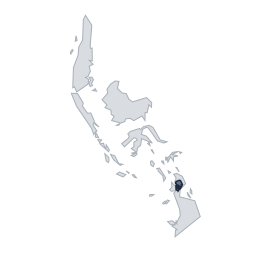 Teluk Bintuni, Papua Barat, Indonesia (highlighted), rotated 51°
{"feature_id": "22746128B11480476919105", "entity_name": "Teluk Bintuni", "entity_type": "district", "adm_level": 2, "iso_a3": "IDN", "parent_name": "Indonesia", "parent_adm1": "Papua Barat", "projection": "albers", "projection_center": [133.559, -2.087], "detail": "fine", "context": "in_parent", "style": "filled", "palette": "slate", "viewbox_px": 256, "rotation_deg": 51, "n_neighbors": 0, "source": "geoboundaries", "source_scale": "gbopen_adm2", "svg_char_len": 6641}
<svg xmlns="http://www.w3.org/2000/svg" viewBox="0 0 256 256"><g transform="rotate(51 128 128)"><path d="M86.1,105.7L90.6,111.3L97.1,110.5L100.3,107.7L106.1,109.2L110.5,108.1L116.1,94.4L123.2,93.6L126.6,96.7L123.0,97.1L128.2,103.5L126.8,105.0L132.8,110.1L127.5,109.6L125.9,118.9L121.8,120.3L119.5,124.0L121.0,126.5L119.5,130.7L111.9,136.0L110.1,131.4L106.9,132.5L103.5,130.0L97.7,133.1L96.9,129.9L89.7,130.4L88.2,122.0L84.6,119.8L82.9,114.0L83.4,108.4L86.1,105.7ZM13.7,90.1L25.4,91.5L40.7,106.0L42.5,107.1L43.3,105.6L53.4,113.6L51.0,115.5L56.6,115.0L55.6,119.3L60.2,121.5L62.8,126.7L61.9,129.2L65.5,128.0L68.8,131.6L67.7,145.1L62.2,143.7L62.0,145.6L46.7,132.4L40.0,121.0L34.1,115.3L31.1,107.9L15.6,94.5L13.7,90.1ZM242.3,127.6L242.1,159.9L237.3,155.3L237.9,153.9L231.8,155.5L232.8,152.2L231.1,150.6L231.7,150.3L232.7,150.5L233.3,150.3L230.4,149.0L231.7,148.6L229.1,142.7L223.9,139.1L207.5,133.5L206.9,129.7L204.7,133.9L202.3,134.6L201.4,130.9L197.6,128.3L206.2,127.5L207.3,124.9L199.2,125.6L197.4,122.2L192.7,121.6L194.0,118.7L199.7,116.2L207.5,118.2L208.6,126.0L213.9,131.2L226.6,121.9L242.3,127.6ZM162.2,109.7L156.6,113.2L140.8,112.2L138.9,113.5L138.3,117.6L141.3,121.6L145.8,118.9L155.1,118.6L144.8,124.1L149.5,129.2L149.3,132.7L152.4,136.6L146.1,138.4L146.2,135.1L142.6,132.3L143.3,128.5L141.3,128.1L139.4,129.5L140.4,142.6L136.1,142.8L136.3,134.9L135.5,132.4L132.5,131.8L132.1,128.5L135.6,119.4L137.2,119.2L136.6,115.3L139.2,110.0L143.3,108.2L157.5,110.5L163.3,106.3L162.2,109.7ZM69.3,145.5L80.5,147.1L82.3,149.6L91.0,150.2L92.9,147.5L101.4,149.8L103.8,153.4L110.8,154.0L110.7,157.0L111.7,158.8L105.1,156.5L78.6,154.3L65.4,150.2L69.3,145.5ZM176.4,110.3L181.2,106.7L179.1,110.9L182.3,113.4L177.2,113.1L179.9,119.0L176.2,115.7L174.9,108.9L177.9,103.6L176.4,110.3ZM178.8,128.8L190.6,130.1L191.8,133.7L187.0,131.0L180.4,131.7L178.5,130.2L177.4,131.9L178.8,128.8ZM152.2,157.5L143.6,159.2L137.5,158.1L141.4,155.8L149.9,157.6L152.8,155.0L152.2,157.5ZM127.3,155.5L133.1,156.2L134.2,158.0L122.6,159.8L124.4,156.6L128.4,158.3L129.7,157.7L127.3,155.5ZM162.8,159.0L163.0,162.6L156.5,165.9L156.8,162.4L162.8,159.0ZM68.7,124.4L70.4,128.3L72.6,128.8L71.9,131.3L68.6,130.2L67.4,127.0L64.2,126.4L65.7,124.0L68.7,124.4ZM230.1,155.6L225.7,156.2L227.8,152.1L231.2,151.3L232.3,152.8L230.1,155.6ZM138.6,161.4L141.3,163.1L142.5,165.0L139.8,165.7L133.4,162.2L138.6,161.4ZM172.2,129.9L174.0,132.6L171.3,133.6L168.2,131.6L168.4,130.0L172.2,129.9ZM111.1,155.8L117.2,156.9L114.5,159.1L111.1,155.8ZM120.6,155.9L121.6,159.2L118.0,158.8L120.6,155.9ZM79.6,129.3L76.6,131.9L76.8,128.7L79.6,129.3ZM210.5,141.5L211.2,145.8L209.8,146.0L208.7,142.8L210.5,141.5ZM109.0,149.9L104.4,151.3L102.4,150.6L109.0,149.9ZM154.0,137.3L154.1,141.2L151.4,142.9L152.4,137.7L154.0,137.3ZM23.6,110.3L27.9,112.4L27.4,114.4L23.6,110.3ZM34.5,125.9L32.8,125.1L31.9,121.9L33.2,121.8L34.5,125.9ZM194.4,154.2L193.5,152.7L196.0,149.8L195.9,152.4L194.4,154.2ZM189.5,114.9L194.4,115.9L188.9,115.5L189.5,114.9ZM160.0,122.9L164.5,123.9L159.6,123.9L160.0,122.9ZM151.9,139.3L149.6,141.2L151.6,137.7L151.9,139.3ZM214.5,117.7L217.1,118.1L219.5,119.9L217.2,120.3L214.5,117.7ZM172.0,152.7L170.4,154.1L167.1,154.3L167.9,152.7L172.0,152.7ZM210.3,146.5L209.2,148.5L208.1,148.4L208.2,145.2L210.3,146.5ZM178.6,122.8L175.6,123.1L174.8,122.5L176.1,121.2L178.6,122.8ZM215.0,122.4L218.6,122.7L222.0,123.4L218.7,123.9L215.0,122.4ZM152.5,120.6L155.5,121.9L152.4,122.6L152.5,120.6ZM180.8,103.5L178.8,103.1L180.7,101.6L180.8,103.5ZM160.1,156.5L163.4,155.3L163.8,156.0L160.1,156.5ZM189.5,122.9L189.0,124.7L186.5,123.8L187.7,123.2L189.5,122.9ZM119.9,133.8L118.6,135.1L119.6,131.3L119.9,133.8ZM175.6,116.1L177.2,118.6L176.6,118.9L174.3,117.0L175.6,116.1Z" fill="#d9dde1" stroke="#a8b0b8" stroke-width="1"/><path d="M206.0,129.4L206.2,129.5L206.5,129.4L207.0,129.2L208.0,128.7L208.3,128.6L208.5,128.7L208.4,128.2L208.3,127.9L208.1,127.6L208.0,127.4L208.0,126.9L208.0,126.5L207.9,126.0L207.9,125.4L207.7,124.4L207.5,124.5L207.1,124.5L207.0,124.4L207.0,124.2L206.9,123.8L206.8,123.5L206.9,123.2L207.0,123.0L207.0,122.9L207.0,122.7L207.0,122.4L206.9,122.4L206.7,122.4L206.1,122.4L205.9,122.4L206.0,122.1L206.0,121.5L206.0,121.2L205.7,121.2L205.3,121.1L204.8,120.9L204.7,120.9L204.4,120.8L204.1,120.8L203.9,120.7L203.2,120.6L202.7,120.5L202.4,120.4L202.0,120.4L201.7,120.3L201.3,120.3L201.2,120.2L201.3,120.4L201.3,120.5L200.7,121.5L200.5,122.4L200.4,122.7L200.3,122.9L200.3,123.1L200.1,123.4L200.1,123.7L200.0,124.0L200.1,124.3L200.1,124.7L200.2,125.0L200.4,125.4L200.6,125.4L200.8,125.6L200.9,125.8L201.0,125.8L201.3,125.9L201.5,125.7L201.9,125.6L202.0,125.7L202.1,125.8L202.4,125.8L202.5,125.9L202.8,125.6L203.0,125.6L203.3,125.5L203.5,125.4L203.8,125.4L203.8,125.5L203.9,125.4L204.0,125.4L204.2,125.5L204.5,125.5L204.5,125.4L204.6,125.5L204.7,125.4L204.8,125.5L205.0,125.5L205.3,125.6L205.5,125.6L205.5,125.4L205.6,125.5L205.8,125.5L206.0,125.5L206.1,125.4L206.3,125.3L206.3,125.2L206.4,125.3L206.5,125.2L206.8,125.1L206.9,124.9L207.0,124.9L207.1,125.0L207.2,124.9L207.3,124.9L207.3,125.0L207.2,125.1L207.1,125.3L206.7,125.5L206.8,125.9L207.0,125.8L207.3,125.9L207.4,125.7L207.4,125.4L207.4,125.5L207.5,125.6L207.4,125.6L207.5,125.7L207.4,125.8L207.0,126.0L207.1,126.3L207.3,126.3L207.6,126.3L207.4,126.4L207.2,126.4L206.9,126.4L206.8,126.5L206.6,126.5L206.4,126.5L206.5,126.8L206.5,126.7L206.5,126.8L206.7,127.0L206.4,127.0L206.3,126.9L206.2,126.9L206.2,127.0L205.9,127.1L205.6,127.2L205.4,127.1L205.3,127.3L205.2,127.1L205.1,126.9L205.0,127.0L204.8,127.1L204.7,127.1L204.8,127.1L205.0,127.2L204.9,126.9L204.8,127.0L204.7,127.1L204.5,126.9L204.4,126.8L204.3,126.7L204.1,126.6L203.9,126.5L203.7,126.5L203.4,126.6L203.2,126.7L203.1,126.8L202.9,126.9L202.9,127.0L203.7,127.6L204.5,128.3L204.9,128.5L205.2,128.7L205.6,129.1L205.9,129.2L206.0,129.4ZM205.1,126.4L205.0,126.5L205.2,126.8L205.3,126.8L205.5,126.9L205.5,126.6L205.4,126.6L205.1,126.4ZM206.7,125.4L206.9,125.4L206.9,125.2L207.0,125.2L206.9,125.1L206.6,125.3L206.7,125.4ZM206.5,125.3L206.3,125.3L206.2,125.5L206.4,125.5L206.5,125.4L206.5,125.3ZM204.4,126.5L204.4,126.8L204.5,126.9L204.5,126.6L204.4,126.5ZM206.5,125.6L206.3,125.6L206.2,125.7L206.3,125.6L206.5,125.6ZM206.1,127.1L206.1,126.9L205.9,126.9L205.9,127.0L206.1,127.1L206.1,127.1ZM207.1,125.1L207.0,124.9L206.9,125.0L207.1,125.1ZM207.1,125.1L207.3,125.0L207.2,124.9L207.1,125.0L207.1,125.1ZM205.8,126.9L205.7,126.9L205.9,127.0L205.8,126.9L205.8,126.9ZM205.7,127.1L205.8,127.1L205.7,127.1L205.7,127.1ZM205.8,125.6L205.7,125.5L205.8,125.6ZM207.0,125.2L206.9,125.2L207.0,125.3L207.0,125.2L207.0,125.2ZM207.3,125.0L207.3,124.9L207.3,125.0L207.3,125.0Z" fill="#64748b" stroke="#1e293b" stroke-width="1.5"/></g></svg>